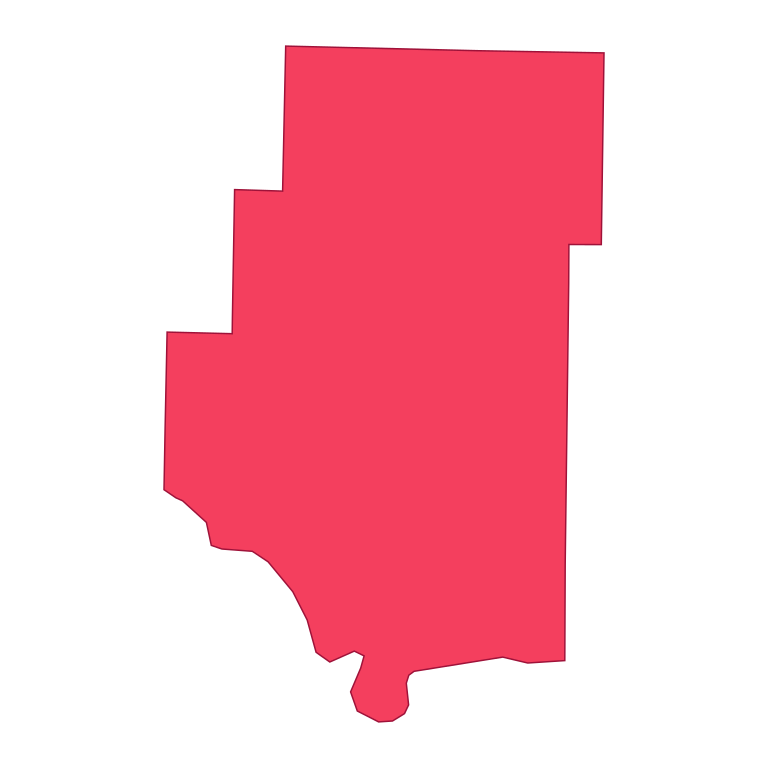 the district of Pope, Arkansas, United States of America
{"feature_id": "52423323B50605624473743", "entity_name": "Pope", "entity_type": "district", "adm_level": 2, "iso_a3": "USA", "parent_name": "United States of America", "parent_adm1": "Arkansas", "projection": "orthographic", "projection_center": [-93.077, 35.423], "detail": "fine", "context": "isolated", "style": "filled", "palette": "rose", "viewbox_px": 768, "rotation_deg": 0, "n_neighbors": 0, "source": "geoboundaries", "source_scale": "gbopen_adm2", "svg_char_len": 632}
<svg xmlns="http://www.w3.org/2000/svg" viewBox="0 0 768 768"><path d="M604.0,52.9L477.0,50.7L285.7,46.1L282.6,191.1L234.6,189.6L232.4,317.7L232.2,333.7L167.1,332.1L165.1,428.4L164.0,489.7L175.9,497.8L182.6,500.8L206.4,522.4L211.3,545.4L221.9,549.0L252.3,551.3L268.1,561.8L292.8,591.7L307.2,620.0L316.1,652.3L329.8,662.0L354.3,651.1L364.1,655.9L360.7,668.1L350.6,691.9L357.3,711.0L378.6,721.9L392.5,721.0L404.5,713.6L408.6,704.9L406.3,683.2L408.8,675.2L414.1,671.3L502.7,657.1L527.7,663.0L564.8,660.6L565.2,564.0L568.0,339.8L568.7,283.7L568.9,244.5L601.3,244.6L604.0,52.9Z" fill="#f43f5e" stroke="#9f1239" stroke-width="1.5"/></svg>